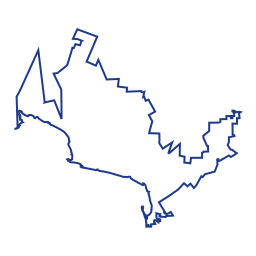 outline of Puerto Peñasco, Sonora, Mexico
{"feature_id": "50627088B70846464748232", "entity_name": "Puerto Peñasco", "entity_type": "district", "adm_level": 2, "iso_a3": "MEX", "parent_name": "Mexico", "parent_adm1": "Sonora", "projection": "albers", "projection_center": [-113.36, 31.53], "detail": "fine", "context": "isolated", "style": "outline", "palette": "blue", "viewbox_px": 256, "rotation_deg": 0, "n_neighbors": 0, "source": "geoboundaries", "source_scale": "gbopen_adm2", "svg_char_len": 5592}
<svg xmlns="http://www.w3.org/2000/svg" viewBox="0 0 256 256"><path d="M240.6,112.1L239.3,111.8L235.5,112.3L235.4,111.4L233.9,111.4L233.9,110.7L232.4,110.7L232.4,111.4L233.4,111.4L233.5,112.9L234.2,113.0L234.2,116.0L232.5,116.0L232.4,118.2L230.9,118.2L230.8,116.0L226.4,116.1L226.4,119.1L220.3,119.2L220.4,121.8L218.8,122.6L209.2,122.7L209.2,130.2L209.2,131.0L203.2,135.9L203.5,138.1L206.4,144.5L206.7,144.9L206.7,145.6L207.0,145.9L207.5,146.1L208.0,146.1L208.1,151.3L208.1,151.5L203.5,151.7L203.5,152.2L202.0,152.9L202.1,157.8L191.0,157.8L190.3,163.3L184.3,162.5L184.6,156.7L179.7,155.7L179.9,143.9L169.2,153.2L168.5,152.8L172.2,142.4L162.8,148.6L160.0,144.3L159.2,142.8L159.5,139.9L159.3,133.5L149.2,133.2L149.8,130.2L152.3,121.3L148.9,115.1L155.1,111.6L148.5,99.6L145.7,100.8L144.1,96.6L143.2,97.1L144.3,91.9L143.3,92.4L142.4,92.2L141.2,91.8L141.2,91.1L126.7,91.7L127.1,87.7L117.9,86.5L118.8,78.9L106.7,79.5L98.3,59.8L95.9,65.6L87.3,61.9L86.6,61.6L97.2,36.7L77.3,29.3L72.9,38.8L77.6,39.1L82.0,40.8L81.4,41.2L80.0,45.3L75.4,44.2L73.8,48.1L72.4,47.8L72.2,48.8L67.3,65.0L64.3,67.6L57.3,73.1L53.6,73.6L61.2,89.4L61.3,90.9L61.6,119.0L54.2,100.3L44.6,102.5L44.7,102.3L38.3,50.2L19.9,90.7L16.6,96.7L17.6,127.6L16.5,128.3L15.4,128.7L15.4,128.8L16.7,128.5L18.1,127.9L18.9,127.0L18.9,126.5L19.2,126.2L19.4,126.1L19.4,125.9L19.5,125.8L19.2,125.7L18.9,125.2L19.4,124.5L20.6,123.4L21.6,122.8L22.6,122.4L21.8,122.0L21.8,121.9L22.2,121.6L21.9,121.1L21.8,120.7L22.0,120.2L21.8,119.9L20.9,119.6L20.1,119.7L20.0,118.6L20.2,118.4L20.1,118.2L19.9,117.9L20.0,117.6L19.9,117.3L20.2,117.3L20.3,117.0L20.4,116.5L20.2,116.2L20.4,116.3L20.4,116.0L19.7,114.7L19.4,113.8L19.4,112.8L19.3,112.3L19.1,111.7L19.3,110.7L21.3,111.2L21.4,111.7L21.5,111.7L21.6,111.9L21.9,112.0L22.0,112.6L22.1,113.1L22.4,113.3L22.8,113.7L23.0,113.9L23.3,114.0L23.5,114.3L24.4,114.5L24.6,114.8L24.9,115.1L25.1,115.1L25.7,115.5L26.3,115.7L27.1,115.7L27.4,116.1L27.8,116.3L28.3,116.2L28.6,115.3L31.0,114.9L33.8,116.4L34.0,117.4L34.5,118.0L35.0,118.2L35.4,117.8L36.2,117.4L36.9,116.9L37.5,116.9L39.1,118.8L42.4,121.0L43.5,121.7L44.4,122.0L44.8,122.1L45.6,122.1L46.5,121.9L48.3,122.1L48.4,122.3L48.1,122.6L48.1,122.8L48.5,123.1L48.9,123.3L49.6,123.1L49.7,123.4L50.0,123.6L50.0,123.8L50.0,124.2L50.3,124.5L51.1,124.9L53.2,125.7L57.3,127.8L57.9,128.2L60.3,129.4L62.0,130.5L63.2,131.3L64.5,132.3L66.2,134.2L67.4,135.8L67.9,136.3L68.2,136.9L68.9,138.4L68.8,138.7L68.9,139.7L69.5,141.1L69.3,141.4L69.4,141.8L69.2,142.3L68.5,143.3L68.4,143.7L68.3,144.0L68.5,144.9L69.2,146.4L70.7,149.5L71.1,150.9L71.3,151.3L71.1,151.7L71.5,152.6L71.9,153.8L71.9,154.0L71.6,154.1L71.5,154.5L71.9,154.6L72.0,154.7L72.2,155.2L72.3,155.9L72.4,156.7L72.3,157.3L72.1,158.3L71.9,159.2L72.0,159.4L71.1,160.0L70.9,160.0L70.6,159.8L70.1,159.9L69.8,160.1L69.6,159.9L69.2,159.9L68.8,159.4L68.3,159.0L67.9,159.1L67.7,159.4L67.3,159.5L67.6,159.8L68.4,160.3L68.5,160.5L68.4,160.8L68.7,160.8L69.3,161.2L69.4,161.5L69.5,161.6L70.0,161.9L70.1,162.1L70.4,162.2L70.7,162.2L71.4,162.4L71.7,162.4L72.4,162.3L72.6,162.4L73.4,162.4L76.6,162.9L78.5,163.4L79.6,163.8L80.3,164.1L81.0,164.8L80.9,165.0L81.0,165.6L81.1,165.8L81.4,165.8L81.5,165.4L81.7,165.5L81.8,165.5L81.7,165.5L81.8,165.6L81.6,165.6L81.8,165.6L81.6,165.7L81.8,165.8L81.8,166.1L81.7,166.1L81.4,166.2L81.0,166.0L80.8,166.0L80.6,165.9L80.6,165.7L80.6,165.8L80.5,166.2L80.6,166.5L80.9,166.9L81.5,167.4L82.7,167.5L96.0,170.1L96.4,170.0L96.8,169.8L97.0,169.5L97.8,169.5L98.1,170.3L98.9,170.7L99.6,170.9L104.1,171.6L107.0,172.2L109.1,172.7L113.6,173.9L114.5,174.3L118.2,175.3L120.3,175.9L122.6,176.7L123.3,176.9L123.7,176.8L124.5,176.9L124.8,176.9L126.5,177.0L127.1,177.1L127.6,177.1L127.9,177.0L128.1,176.9L128.3,176.7L130.2,176.8L130.4,177.6L130.9,178.4L132.9,179.8L136.7,181.8L137.5,182.4L140.8,184.0L142.8,185.1L143.1,184.9L143.4,184.3L143.3,183.4L144.2,183.7L145.5,185.4L145.9,186.9L146.0,187.9L146.4,189.0L146.8,189.8L147.2,191.1L147.9,191.4L149.0,191.8L148.5,192.4L148.6,193.5L148.5,194.0L148.9,194.7L149.3,196.2L149.7,198.1L149.7,199.0L149.9,200.0L150.3,201.4L150.6,202.2L150.7,203.0L151.2,203.8L151.7,205.2L151.7,207.2L151.5,207.8L151.6,208.7L151.5,209.6L151.3,209.9L151.5,210.2L151.3,210.6L151.3,211.7L150.4,213.3L149.1,214.8L148.0,215.3L147.2,216.5L147.0,218.2L146.6,217.9L146.1,217.1L145.9,215.8L145.2,215.2L145.4,214.7L144.7,214.5L143.2,211.4L142.7,209.5L143.2,207.2L142.8,206.5L142.3,206.5L142.0,206.7L141.8,207.0L141.7,207.4L141.9,208.5L142.2,209.7L142.8,211.2L143.8,213.6L144.2,214.8L144.8,216.7L145.7,219.1L145.9,219.7L146.1,221.1L146.1,221.9L146.3,222.4L146.2,223.4L146.3,224.3L146.3,225.6L146.3,222.8L146.5,225.2L146.4,226.7L147.8,226.6L147.8,225.2L148.6,225.1L148.7,226.6L151.2,226.6L151.1,224.3L155.3,223.9L154.5,222.4L154.2,222.3L154.0,221.3L154.3,220.3L154.8,220.1L155.8,220.4L157.0,221.1L157.7,221.8L157.9,222.1L158.4,222.4L158.4,221.2L160.2,221.1L160.2,219.4L157.9,218.9L157.9,219.1L156.7,218.5L156.5,216.9L156.4,216.2L156.4,213.2L159.6,214.1L160.3,214.1L160.3,215.6L159.5,215.6L159.5,216.6L165.7,217.0L166.1,216.1L173.0,215.6L170.8,212.0L166.4,214.4L165.2,212.6L164.5,213.1L164.0,212.3L164.8,211.8L158.9,202.3L168.6,196.2L178.3,189.4L184.0,183.2L187.4,186.3L190.5,183.7L193.9,188.0L196.5,185.0L201.3,176.3L202.5,177.1L205.0,174.2L214.7,171.6L217.5,164.5L217.2,159.5L218.4,159.2L218.6,161.0L220.1,160.6L228.9,155.5L230.9,157.0L235.4,154.2L236.7,153.2L233.6,151.0L232.3,149.8L230.5,149.5L227.7,145.0L228.9,142.0L228.9,137.3L234.5,136.0L234.2,135.2L232.6,134.4L232.5,123.6L237.0,123.7L237.0,118.2L239.1,118.2L239.2,118.3L239.6,118.2L239.0,113.2L240.6,112.1Z" fill="none" stroke="#1e3a8a" stroke-width="2"/></svg>